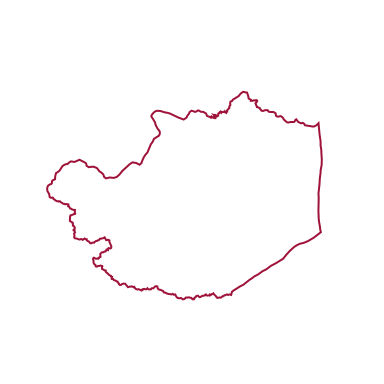 outline of Namtha, Louang Namtha, Laos, rotated 204°
{"feature_id": "54806243B37756606625280", "entity_name": "Namtha", "entity_type": "district", "adm_level": 2, "iso_a3": "LAO", "parent_name": "Laos", "parent_adm1": "Louang Namtha", "projection": "orthographic", "projection_center": [101.504, 21.01], "detail": "fine", "context": "isolated", "style": "outline", "palette": "rose", "viewbox_px": 384, "rotation_deg": 204, "n_neighbors": 0, "source": "geoboundaries", "source_scale": "gbopen_adm2", "svg_char_len": 5988}
<svg xmlns="http://www.w3.org/2000/svg" viewBox="0 0 384 384"><g transform="rotate(204 192 192)"><path d="M182.1,305.2L184.2,304.6L185.4,304.6L186.4,303.8L187.6,301.6L188.4,298.6L192.2,293.0L192.5,291.3L193.4,290.5L193.6,290.1L193.1,288.2L192.3,287.0L192.7,285.7L192.5,284.5L192.1,284.2L192.0,283.7L192.5,282.8L193.2,280.7L193.2,280.4L192.5,279.7L192.9,279.0L192.9,278.2L193.4,278.3L194.0,278.2L194.4,278.7L195.0,279.1L195.4,278.1L196.3,277.5L197.3,277.4L197.5,276.3L198.7,277.1L199.1,276.5L199.1,275.2L199.8,274.7L199.9,274.3L199.1,272.4L199.5,271.6L200.8,270.8L201.2,271.8L201.8,272.0L202.3,271.8L202.2,271.3L203.4,271.2L201.2,269.9L200.6,269.5L200.6,269.0L202.1,268.5L203.3,268.9L203.5,268.5L204.2,268.3L205.1,268.9L205.2,268.6L204.7,268.0L204.8,267.6L205.4,267.6L206.0,267.8L209.2,267.6L211.1,269.4L214.1,269.8L216.6,268.9L219.0,269.2L220.0,268.7L220.5,267.6L221.8,266.4L223.8,266.3L225.6,266.0L226.7,263.9L226.6,262.6L227.3,259.5L227.2,258.1L227.6,257.1L229.1,254.8L235.0,254.5L243.9,254.7L246.6,254.4L248.6,253.8L254.0,253.1L257.1,251.9L258.6,250.4L259.6,248.1L260.2,245.5L259.7,244.3L257.4,242.9L254.0,240.5L252.9,238.9L249.7,236.2L246.5,234.5L245.7,233.5L245.1,232.1L245.0,231.0L245.3,229.5L246.1,228.6L248.4,225.0L248.3,222.1L249.0,218.8L248.8,209.8L249.6,207.6L250.1,204.8L250.2,201.6L250.0,197.7L251.0,195.6L254.8,195.8L258.5,194.8L260.3,191.9L264.1,183.2L265.4,178.4L266.9,175.1L269.3,173.0L273.1,171.8L276.1,169.5L278.5,170.1L280.3,172.1L282.6,172.8L285.1,173.3L288.6,175.2L292.1,175.1L294.7,173.8L296.3,172.7L298.8,173.0L300.4,175.0L301.8,175.4L307.9,175.7L311.5,171.7L315.1,170.7L316.4,168.7L317.1,166.9L318.5,166.1L319.4,165.2L320.8,163.2L321.7,157.6L322.9,155.3L323.9,153.9L323.3,150.5L322.3,148.0L324.2,145.7L324.3,144.8L323.6,143.1L323.8,142.1L325.0,141.0L326.0,139.4L326.1,137.8L325.6,135.9L324.4,134.0L321.7,132.1L319.9,129.4L319.3,129.3L318.4,129.4L317.4,130.1L316.7,130.2L315.6,129.2L314.5,129.3L313.7,128.8L311.6,128.7L310.8,129.0L310.2,128.9L309.7,129.5L308.9,129.8L308.4,129.5L304.8,128.9L303.8,129.3L302.7,129.2L302.1,129.8L299.9,130.4L299.6,130.1L299.4,128.6L298.3,128.6L296.6,127.4L295.4,127.6L294.7,127.3L293.4,127.4L291.6,128.0L290.7,125.3L290.1,125.1L289.9,124.7L290.1,124.1L290.9,123.8L292.9,121.5L293.5,121.3L293.4,119.8L292.9,118.9L292.7,118.0L291.7,115.8L288.5,115.5L288.2,115.1L288.3,114.7L287.7,114.1L287.1,112.8L286.0,112.8L284.5,111.7L284.5,110.8L284.0,110.0L284.4,109.9L284.8,109.3L284.6,108.8L283.9,108.8L282.4,107.5L282.8,106.0L281.5,104.2L281.4,103.0L280.9,102.4L280.0,102.1L278.7,102.5L276.2,102.7L275.2,102.9L274.4,103.8L273.5,104.1L272.4,103.8L271.1,105.9L269.9,105.5L269.0,106.0L268.7,105.4L267.8,104.8L266.6,104.9L265.2,104.5L264.5,103.9L263.6,103.9L262.9,104.4L262.4,105.3L260.9,105.8L260.6,106.8L260.1,107.7L259.4,108.5L258.7,108.8L258.3,109.6L257.5,110.2L257.2,110.9L257.2,111.7L254.8,113.3L253.9,114.1L253.5,115.0L253.1,114.9L250.9,113.1L250.1,113.4L249.4,114.2L247.7,114.2L247.3,112.9L243.6,109.6L243.1,108.0L243.8,107.1L245.4,106.9L245.7,105.8L245.3,105.0L246.1,105.1L246.7,104.6L246.4,103.7L246.9,103.1L246.9,102.5L247.9,101.8L248.4,100.9L249.3,100.6L250.0,99.9L250.6,98.0L249.2,95.5L250.2,94.5L250.1,94.0L250.6,93.6L250.6,92.9L251.2,92.9L251.5,92.5L252.9,91.9L254.9,92.1L255.3,91.0L254.9,90.5L254.8,90.0L253.8,88.8L253.5,87.8L252.5,86.7L251.0,86.1L250.4,86.0L249.7,84.9L248.6,85.1L247.6,86.3L246.9,86.6L245.6,87.6L243.9,87.9L243.7,87.7L243.4,86.0L242.8,85.1L240.7,85.0L239.9,84.8L238.9,85.2L238.3,84.0L237.9,83.8L235.1,83.1L234.8,82.8L234.1,82.5L231.9,82.4L231.7,81.9L230.5,82.0L230.3,80.5L230.0,79.9L229.6,79.9L228.7,80.4L227.5,79.8L225.7,80.0L225.0,79.7L223.5,79.9L222.9,79.1L221.6,78.7L221.1,78.0L220.0,77.7L219.0,78.3L218.4,79.6L216.8,80.7L215.7,81.0L211.8,79.0L210.3,80.3L209.4,80.6L208.8,81.3L207.1,81.3L206.2,81.9L205.7,81.1L204.9,81.1L204.1,80.6L202.3,80.7L201.2,81.5L197.9,81.5L197.4,82.3L197.8,82.7L197.6,83.1L196.2,84.1L194.7,84.2L193.9,84.9L193.6,85.9L192.9,85.5L191.7,85.5L190.0,86.3L189.7,87.6L188.2,88.3L187.2,90.9L186.2,91.5L185.3,91.6L183.9,89.8L182.8,89.5L181.9,89.5L181.1,89.8L178.1,89.8L176.9,88.8L175.2,89.3L174.0,89.0L171.6,89.4L168.9,90.2L168.2,91.1L167.0,90.7L165.6,91.6L164.6,90.6L162.9,89.6L162.0,89.4L159.9,89.9L159.0,90.7L156.6,90.2L155.3,91.3L154.7,93.1L153.0,93.7L152.5,94.3L151.7,94.6L150.2,94.7L149.6,95.0L148.6,94.5L147.9,94.7L147.7,94.3L146.6,94.7L146.5,95.9L146.7,96.6L145.9,97.4L145.9,98.4L145.2,99.2L144.4,99.7L142.6,99.0L141.9,99.2L140.3,101.4L139.5,101.7L138.3,102.8L138.2,103.5L137.6,104.1L136.8,103.4L135.7,103.7L134.8,104.4L133.8,104.5L133.6,104.9L133.8,105.6L132.9,105.5L132.6,106.6L131.7,107.1L131.2,108.1L130.6,107.6L127.1,106.3L126.6,105.7L125.7,105.6L124.0,106.8L123.2,106.9L122.4,107.7L121.7,109.2L120.9,109.6L120.5,110.7L119.9,111.0L118.4,112.7L117.2,112.6L116.0,113.7L114.4,113.9L114.9,117.1L114.3,118.4L109.5,125.6L107.4,128.1L103.6,135.4L101.9,137.9L100.9,140.0L98.0,143.7L95.3,148.4L92.6,151.7L89.9,156.6L86.3,161.2L81.6,168.1L80.3,173.1L78.7,177.9L76.4,183.2L74.6,186.0L72.5,188.5L69.1,191.1L66.1,194.3L62.3,199.6L57.9,207.7L59.5,209.7L60.6,211.7L63.9,216.6L65.4,219.2L68.8,226.1L73.7,237.8L75.9,242.2L78.3,249.8L79.8,254.0L80.1,254.4L82.6,262.5L83.2,263.8L84.6,269.5L86.6,274.4L90.1,281.1L90.9,282.9L93.4,286.7L95.1,290.5L99.0,296.7L104.4,306.3L105.3,303.9L106.7,301.9L108.0,301.0L116.0,298.9L117.2,299.9L118.3,300.2L119.1,300.1L120.3,299.1L123.5,299.2L126.3,300.8L126.9,299.8L126.9,298.2L127.3,297.4L130.5,296.0L132.3,294.6L133.6,294.3L137.7,295.6L139.1,296.8L141.3,297.4L142.2,297.2L144.0,295.8L145.8,295.6L146.4,295.9L147.6,297.9L149.8,298.2L150.6,298.1L151.6,297.5L154.0,296.6L154.8,296.7L156.2,297.5L158.3,296.6L160.4,294.7L161.8,294.6L162.6,295.2L164.0,295.8L164.2,296.2L166.7,296.2L167.3,296.0L168.0,297.0L169.0,297.6L169.2,298.1L170.1,298.9L169.5,300.5L169.4,301.5L169.6,302.0L170.7,302.1L171.2,301.7L171.5,301.2L172.5,301.1L173.5,300.1L175.3,299.3L175.5,300.2L178.0,300.4L178.6,300.8L179.3,302.1L182.1,305.2Z" fill="none" stroke="#9f1239" stroke-width="2"/></g></svg>